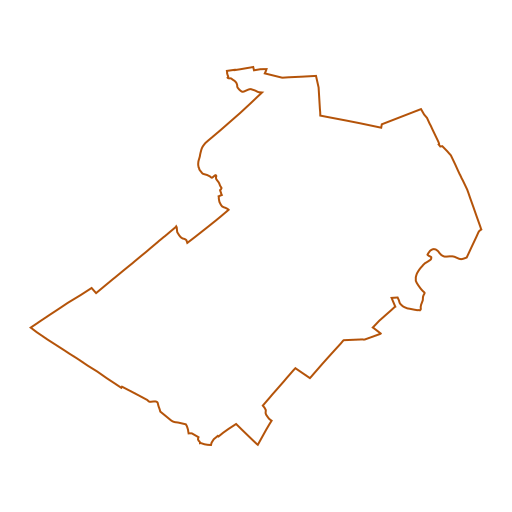 outline of Tiream, Satu Mare, Romania
{"feature_id": "2599482B66236649043849", "entity_name": "Tiream", "entity_type": "district", "adm_level": 2, "iso_a3": "ROU", "parent_name": "Romania", "parent_adm1": "Satu Mare", "projection": "equal_earth", "projection_center": [22.455, 47.592], "detail": "fine", "context": "isolated", "style": "outline", "palette": "amber", "viewbox_px": 512, "rotation_deg": 0, "n_neighbors": 0, "source": "geoboundaries", "source_scale": "gbopen_adm2", "svg_char_len": 5971}
<svg xmlns="http://www.w3.org/2000/svg" viewBox="0 0 512 512"><path d="M266.3,429.5L269.6,423.9L271.6,420.7L270.3,419.8L268.9,418.6L267.5,416.7L266.2,414.8L265.7,413.5L265.6,412.8L265.7,411.7L265.8,410.1L265.5,409.5L264.5,407.7L262.8,405.6L269.2,398.2L272.4,394.4L278.4,387.6L284.0,381.2L286.6,378.1L293.4,370.3L295.4,368.2L296.1,368.7L302.1,372.8L309.9,378.1L311.3,376.6L314.3,373.1L318.6,368.2L322.4,363.8L331.1,354.1L340.7,343.6L343.2,340.6L343.8,340.2L362.4,339.4L363.7,339.6L364.9,339.5L365.6,339.2L380.5,333.8L380.7,333.5L373.8,328.2L372.8,327.5L379.4,320.6L390.3,311.0L394.7,307.0L395.3,306.7L392.7,300.6L391.6,297.9L397.6,297.5L398.9,300.3L399.6,302.7L400.1,303.6L400.7,304.3L402.5,306.0L403.2,306.5L404.5,307.2L407.4,308.4L409.4,308.7L414.4,309.7L416.2,310.0L416.7,310.1L417.8,310.2L418.2,310.1L419.5,310.2L419.9,310.3L420.5,309.7L420.7,309.4L420.8,308.8L420.7,307.3L420.7,306.7L420.9,305.9L421.1,304.7L421.8,302.9L422.7,300.5L422.9,299.0L422.9,297.9L423.0,297.1L423.1,296.5L423.6,295.1L424.1,294.2L424.5,293.4L424.6,292.9L424.2,292.3L423.7,291.8L423.1,291.3L422.3,290.5L420.9,288.9L420.2,288.0L418.2,285.2L417.7,284.4L416.7,282.8L415.8,280.8L415.8,277.7L415.8,277.3L416.2,275.7L416.7,274.1L417.3,272.8L417.5,272.5L418.5,270.8L419.6,269.2L420.7,267.8L421.6,266.8L422.7,265.6L423.2,264.9L424.3,263.9L425.0,263.2L426.1,262.6L427.9,261.5L430.0,260.1L430.5,259.7L430.8,259.4L431.0,259.1L431.2,258.5L431.3,257.5L431.2,257.1L430.5,256.6L429.1,256.0L427.7,255.0L427.6,254.9L427.5,254.7L428.1,253.5L429.7,251.3L430.0,250.9L430.6,250.4L431.8,249.7L432.4,249.4L433.1,249.2L433.6,249.1L434.4,249.2L435.1,249.3L435.7,249.5L436.3,249.8L437.2,250.5L438.1,251.2L438.5,251.7L439.5,253.1L441.3,255.0L441.8,255.3L442.6,255.8L443.5,256.2L444.2,256.5L444.7,256.6L446.8,256.6L448.8,256.4L449.7,256.3L451.5,256.3L452.4,256.3L453.7,256.6L454.6,256.8L455.9,257.4L458.9,258.7L459.5,258.9L460.2,259.0L460.7,259.1L461.7,259.1L462.6,258.9L463.4,258.7L465.7,257.9L466.7,257.5L472.2,245.7L476.4,236.8L478.5,232.1L479.2,231.1L479.7,230.6L481.3,229.5L481.1,229.0L480.9,228.6L480.6,227.5L478.9,222.7L476.4,215.7L473.4,207.1L470.1,197.9L468.5,193.2L467.2,189.6L465.2,185.4L462.8,180.4L461.4,177.8L461.2,177.2L460.5,175.8L460.2,175.0L459.9,174.7L457.9,170.4L455.2,164.4L451.0,155.6L450.5,154.9L449.1,153.4L447.3,151.3L443.4,147.3L442.3,146.2L440.3,146.5L438.7,144.5L439.1,144.2L439.1,143.8L438.8,142.9L438.3,141.6L432.1,128.7L430.8,125.8L429.6,123.6L427.0,117.9L424.1,114.5L421.0,109.1L381.8,124.3L381.2,127.7L372.6,125.9L360.2,123.3L346.5,120.6L327.0,116.9L320.3,115.6L320.2,112.3L319.9,108.9L319.3,99.1L318.6,87.5L316.0,75.9L301.5,76.7L288.3,77.3L282.5,77.7L281.8,77.6L264.8,73.4L265.7,71.4L266.0,70.7L266.5,69.1L260.5,69.2L254.0,70.3L253.2,67.0L240.0,69.3L234.7,70.1L234.7,69.8L226.9,70.9L227.1,72.4L227.1,73.3L227.3,73.9L227.5,74.8L228.1,76.2L228.2,76.6L228.1,77.0L227.8,77.4L227.6,77.7L227.8,77.9L228.1,78.1L228.4,78.2L228.8,78.3L230.1,78.3L230.9,78.4L231.5,78.7L232.1,79.2L232.9,79.8L234.0,80.5L234.6,80.9L235.5,81.8L236.2,82.6L236.8,83.9L237.2,85.3L237.2,86.2L237.3,86.8L237.6,87.6L238.2,88.3L238.9,89.2L239.9,90.2L240.9,91.0L241.8,91.6L242.8,91.8L244.3,91.4L244.9,91.1L246.7,90.3L248.6,89.5L250.2,89.1L250.8,89.1L252.3,89.6L254.5,90.3L255.7,90.8L257.4,91.7L258.7,92.2L262.0,92.5L257.3,96.9L252.5,101.5L247.9,105.8L239.8,113.3L233.6,118.7L228.7,123.0L220.7,130.0L208.6,140.2L205.4,143.0L204.1,144.6L203.8,145.0L203.3,145.7L202.8,146.4L202.2,147.5L201.8,148.4L201.3,149.8L200.9,151.4L200.5,152.9L200.1,154.7L199.9,156.0L199.7,156.9L199.2,158.6L198.6,160.6L198.3,162.1L198.3,162.8L198.2,163.5L198.2,164.9L198.6,167.3L199.1,168.2L199.2,168.9L199.5,169.7L199.9,170.3L200.3,170.8L201.1,171.8L201.8,172.7L202.3,173.3L202.8,173.7L203.3,173.9L204.6,174.3L207.1,175.0L208.9,175.9L209.8,176.3L210.7,177.1L211.5,177.6L211.9,177.7L212.2,177.6L212.9,177.1L214.2,176.0L215.3,175.2L215.6,175.2L216.1,175.5L216.2,175.8L216.3,176.1L216.2,176.5L216.0,177.1L216.0,177.7L216.0,178.1L216.2,179.0L216.8,179.9L218.5,182.1L219.2,183.3L219.9,185.2L220.4,186.2L220.9,187.0L221.4,187.7L221.5,188.1L220.9,189.4L220.2,189.9L220.1,190.4L220.4,191.2L221.0,192.8L221.3,194.0L221.8,195.0L218.6,196.3L218.8,197.2L218.8,198.5L219.2,200.8L219.5,202.1L220.9,204.8L222.1,206.4L223.6,207.2L225.6,207.9L227.0,208.6L228.1,209.3L228.6,209.8L221.9,215.5L216.1,220.3L207.2,227.4L194.5,237.4L187.3,242.9L186.4,240.2L185.7,239.6L184.8,239.1L184.0,238.8L182.7,238.5L181.5,237.8L180.9,237.3L180.2,236.6L179.1,235.2L177.3,232.3L177.1,231.3L176.7,227.3L176.2,226.4L175.9,226.9L175.2,227.5L164.4,236.6L164.0,236.8L162.7,237.9L160.4,239.8L159.0,240.9L158.4,241.5L149.6,248.9L147.3,250.9L145.4,252.5L141.8,255.4L140.6,256.4L134.7,261.3L132.4,263.3L130.5,264.8L124.2,269.9L115.0,277.5L113.2,278.9L100.9,289.1L96.1,293.1L94.4,291.2L91.6,288.0L80.6,295.1L69.5,301.8L67.4,303.1L60.7,307.6L54.5,311.7L50.5,314.3L41.2,320.5L30.7,327.6L36.6,332.1L47.3,339.4L59.0,346.9L62.6,349.2L69.9,354.0L76.5,358.1L83.8,363.0L87.8,365.7L97.2,371.5L106.6,378.1L121.3,387.8L122.0,386.7L122.6,387.0L137.0,394.5L147.3,400.0L148.6,401.3L149.2,401.6L149.8,401.8L150.5,401.8L153.2,401.5L155.2,401.4L156.2,401.6L157.3,402.2L157.7,402.9L158.0,404.1L158.3,405.4L158.8,407.0L159.3,408.3L159.8,409.8L160.3,411.6L166.2,416.4L170.8,420.2L171.8,420.9L172.9,421.5L174.0,421.9L175.2,422.2L177.1,422.4L178.4,422.6L183.2,423.7L185.8,424.3L186.7,425.8L187.0,426.6L187.3,427.4L188.0,429.7L188.3,431.8L188.4,432.2L188.6,433.4L189.3,433.3L191.0,433.3L191.3,433.3L191.9,433.4L198.5,437.2L198.3,437.8L198.1,438.5L198.0,439.2L198.1,439.6L198.4,440.2L198.7,440.8L199.5,441.5L199.8,442.0L200.0,442.5L200.0,443.2L200.6,443.1L201.3,443.2L202.7,443.7L204.6,444.3L207.6,444.8L209.2,444.9L211.0,445.0L211.3,443.8L211.6,442.6L212.4,441.4L212.8,440.7L213.8,439.2L217.8,435.9L218.5,436.5L220.5,434.9L223.2,432.7L228.7,428.8L236.1,424.0L239.7,427.5L241.6,429.4L248.1,435.7L253.2,440.6L256.9,444.1L257.8,444.8L259.7,441.4L264.8,432.2L266.3,429.5Z" fill="none" stroke="#b45309" stroke-width="2"/></svg>